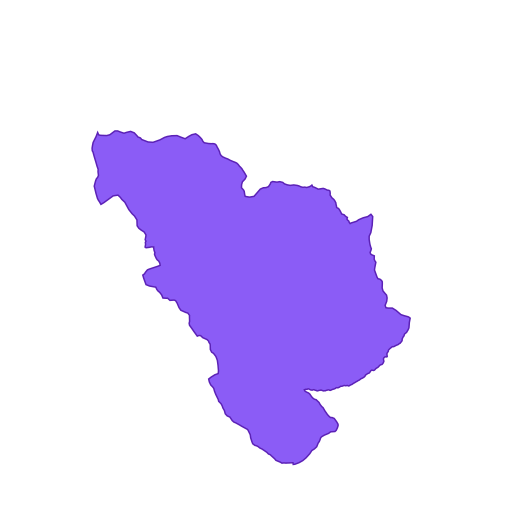 Tang, Bumthang, Bhutan (Mercator projection), rotated 324°
{"feature_id": "84629894B61267933696979", "entity_name": "Tang", "entity_type": "district", "adm_level": 2, "iso_a3": "BTN", "parent_name": "Bhutan", "parent_adm1": "Bumthang", "projection": "mercator", "projection_center": [90.891, 27.681], "detail": "fine", "context": "isolated", "style": "filled", "palette": "violet", "viewbox_px": 512, "rotation_deg": 324, "n_neighbors": 0, "source": "geoboundaries", "source_scale": "gbopen_adm2", "svg_char_len": 6128}
<svg xmlns="http://www.w3.org/2000/svg" viewBox="0 0 512 512"><g transform="rotate(324 256 256)"><path d="M163.6,446.5L165.0,447.3L169.3,448.5L173.5,449.0L177.8,448.7L183.4,447.5L186.8,446.2L189.9,446.4L193.0,446.0L196.3,443.9L198.1,443.3L199.6,442.4L201.6,441.0L202.9,440.8L206.0,441.1L210.6,442.2L213.0,442.1L216.7,444.4L218.4,444.2L220.8,442.9L222.7,441.5L223.5,440.3L223.8,437.5L223.8,433.4L222.6,431.4L221.3,430.4L220.9,428.8L220.6,426.3L220.7,421.8L221.1,418.1L220.7,416.4L220.6,413.8L220.9,411.5L220.6,409.9L220.2,407.6L219.2,406.4L218.6,404.9L218.3,403.0L218.3,401.1L218.4,399.4L218.0,397.7L217.0,396.0L216.5,394.9L216.2,393.8L216.5,392.6L218.0,393.1L218.7,393.7L219.1,393.9L220.1,394.1L220.5,394.5L221.6,396.6L222.7,397.6L223.8,397.9L224.3,398.2L225.1,399.6L225.6,400.0L226.1,401.0L226.4,401.2L226.7,401.4L228.1,401.8L229.0,402.4L229.5,402.5L229.9,402.8L230.5,403.7L231.3,404.8L231.9,405.1L232.6,405.6L232.9,405.8L233.9,406.0L234.8,406.4L235.7,406.7L236.2,407.1L236.9,408.2L237.4,408.5L239.2,408.8L241.4,409.6L242.5,409.8L243.2,409.7L243.9,409.9L244.8,410.8L246.7,411.2L247.7,411.1L248.0,411.2L248.8,411.8L249.3,412.0L251.1,412.5L251.4,412.7L252.3,413.7L253.8,414.4L254.4,415.4L254.7,415.7L255.1,415.8L256.8,415.9L258.1,416.3L260.1,416.3L261.1,416.5L263.0,416.6L264.0,416.8L265.1,416.8L266.6,417.1L268.4,417.0L269.1,417.1L270.5,417.4L272.3,417.5L273.3,417.4L273.7,417.2L274.6,416.7L276.2,416.8L277.0,416.7L277.5,416.8L278.2,417.1L279.0,417.2L279.7,417.0L281.2,416.4L282.0,416.3L282.3,416.3L282.8,416.6L283.8,417.7L284.4,417.9L285.2,417.9L287.0,417.5L289.0,417.7L289.5,417.7L291.4,417.3L292.0,417.2L293.0,417.3L293.9,417.7L294.3,417.8L295.8,417.4L297.4,416.5L297.7,416.1L298.3,414.7L298.8,414.0L299.7,413.5L300.6,413.4L301.2,413.5L301.8,413.9L302.5,414.5L303.0,414.5L303.2,414.2L304.2,412.4L304.7,411.8L305.3,411.5L307.0,410.9L307.3,410.5L307.7,410.1L308.2,409.9L310.0,409.6L312.7,409.5L313.2,409.6L314.1,410.3L317.0,410.7L318.9,411.2L319.3,411.2L320.4,411.1L321.5,411.3L322.0,411.0L322.9,410.9L323.9,410.6L324.5,410.2L324.9,409.9L325.2,409.4L325.7,408.9L327.4,408.0L328.8,407.6L330.0,406.6L330.7,406.4L332.9,406.3L334.5,405.6L335.7,405.1L336.3,404.7L336.8,404.5L337.7,403.8L341.0,399.9L344.2,396.9L343.7,395.2L343.3,394.5L340.8,391.4L338.8,388.6L337.3,382.3L335.7,378.3L332.5,376.0L330.7,374.2L331.5,371.8L335.1,369.5L337.4,367.0L338.6,364.4L338.4,362.1L338.2,358.9L339.3,356.0L341.8,352.8L343.0,351.1L343.2,349.6L342.6,347.5L341.3,346.1L341.5,344.2L343.6,337.0L345.0,335.5L349.3,331.5L349.3,330.0L349.7,328.1L351.8,325.4L350.6,323.5L349.9,321.8L350.4,320.2L352.3,319.0L353.6,317.9L354.0,316.3L355.0,313.6L355.9,311.8L357.3,309.1L359.2,306.5L362.6,304.6L367.9,299.6L373.6,292.7L373.5,289.8L369.6,289.8L365.2,288.1L360.4,287.0L357.7,287.0L352.4,285.2L351.2,285.1L351.2,283.4L351.6,282.5L351.2,280.5L351.3,279.6L352.6,278.5L352.0,277.2L351.6,275.5L351.6,274.6L350.0,272.3L350.5,269.6L350.7,267.7L350.7,266.0L350.0,264.9L349.8,264.0L350.4,263.0L351.3,260.8L351.8,260.1L352.2,257.5L352.2,256.0L351.6,253.4L351.8,250.2L352.9,248.9L354.0,246.9L353.6,245.7L352.4,244.6L351.2,242.3L350.1,240.8L345.6,238.5L345.2,237.6L343.7,234.8L342.6,233.3L342.9,231.5L342.3,231.6L340.1,231.4L337.3,230.4L335.9,228.9L334.3,228.0L332.9,226.3L332.1,224.8L330.9,223.2L328.3,220.7L325.2,219.0L323.1,216.8L321.4,214.3L320.9,212.2L318.9,209.8L316.4,208.6L313.2,205.5L311.3,205.2L309.7,206.2L306.8,207.2L304.4,206.6L302.0,205.1L298.8,204.4L289.4,206.6L288.5,206.1L285.4,204.6L283.9,203.1L282.3,201.4L282.8,200.0L284.5,196.7L284.7,195.3L284.4,192.2L286.3,189.8L288.6,188.0L292.4,187.3L295.2,185.8L295.7,180.6L295.7,179.0L295.9,177.2L295.7,175.2L295.4,173.6L295.4,171.5L295.0,169.4L291.4,163.5L290.2,160.9L288.9,159.0L287.3,156.1L286.8,154.2L287.0,152.2L287.8,150.1L288.3,147.6L288.6,145.0L289.0,143.0L288.6,141.2L287.5,140.0L285.4,138.5L283.7,137.1L280.7,134.0L280.4,132.1L280.8,129.9L280.6,127.5L280.1,124.7L279.0,121.7L275.5,120.2L271.9,119.7L267.6,119.5L265.0,115.6L262.9,112.2L258.5,109.2L254.5,107.2L251.7,106.3L246.6,105.6L239.5,103.5L235.7,100.3L232.0,94.6L231.9,92.6L230.4,90.2L230.4,88.8L229.9,84.8L227.8,81.5L223.7,79.8L221.4,79.1L219.1,75.9L217.6,73.5L215.4,71.9L209.0,72.0L206.0,70.8L201.3,67.1L200.1,65.9L200.1,64.7L200.5,63.0L196.8,65.4L191.0,68.4L188.8,70.4L186.8,72.4L185.4,74.6L185.2,76.2L183.6,80.4L181.5,86.4L180.1,90.2L179.3,93.0L177.7,95.0L175.9,98.2L174.3,99.2L172.1,99.8L170.3,101.0L166.2,104.4L163.4,111.2L161.6,116.2L161.2,118.8L161.3,119.5L160.9,123.1L164.2,123.4L175.8,123.4L180.1,125.6L180.7,128.8L180.7,131.2L181.5,135.4L180.4,143.7L180.6,148.9L181.2,152.2L180.9,156.8L177.6,161.7L177.5,164.7L178.3,167.5L179.6,170.7L179.4,174.1L178.7,175.1L175.9,177.7L175.7,179.3L174.5,179.9L173.5,181.7L171.5,183.6L171.9,184.7L174.8,186.3L176.9,187.2L178.5,188.6L178.2,188.9L176.9,191.4L176.1,194.0L175.0,194.8L174.5,196.3L173.9,199.3L173.8,200.9L174.3,202.9L174.0,205.2L173.0,207.2L170.9,206.7L161.8,203.8L160.0,203.4L156.9,204.2L155.3,204.9L153.2,204.9L152.1,207.9L150.7,212.8L150.2,214.5L152.2,217.7L156.6,222.3L156.1,224.9L156.2,227.1L156.7,228.7L156.8,232.0L156.0,235.3L158.4,237.3L159.7,238.2L160.3,241.3L163.8,243.5L164.7,244.8L164.5,247.7L163.4,252.5L163.3,255.7L166.0,260.4L167.3,262.1L167.3,265.0L166.4,266.1L163.9,269.8L162.4,271.1L161.5,273.0L161.5,276.8L161.4,280.5L161.4,286.3L162.9,286.7L164.0,287.4L164.5,288.3L164.9,290.7L167.3,294.9L167.6,296.9L167.1,298.5L167.2,299.7L166.8,300.9L164.1,304.8L163.6,307.7L164.4,309.8L164.5,313.5L164.2,314.9L163.4,317.7L161.1,322.0L158.1,326.9L156.3,328.9L152.9,327.9L148.5,327.6L145.4,327.7L144.2,330.5L143.6,333.7L144.0,336.6L144.0,338.3L143.0,340.9L142.1,344.3L141.1,350.0L140.4,351.6L140.9,354.9L140.6,357.2L139.9,359.5L139.6,362.4L138.4,365.6L138.7,368.4L140.2,371.0L140.0,375.2L140.6,377.7L141.3,378.6L143.3,382.8L144.4,385.4L147.1,391.1L147.2,392.1L146.3,397.2L144.8,400.0L143.5,404.0L143.0,406.0L143.8,408.6L144.7,409.6L145.6,411.2L146.3,413.7L147.5,415.9L149.4,421.2L149.7,423.5L150.8,425.2L150.9,426.2L151.9,431.0L152.0,433.0L154.6,437.3L155.2,438.8L157.0,439.8L158.2,440.9L164.4,445.0L163.8,446.2L163.6,446.5Z" fill="#8b5cf6" stroke="#5b21b6" stroke-width="1.5"/></g></svg>